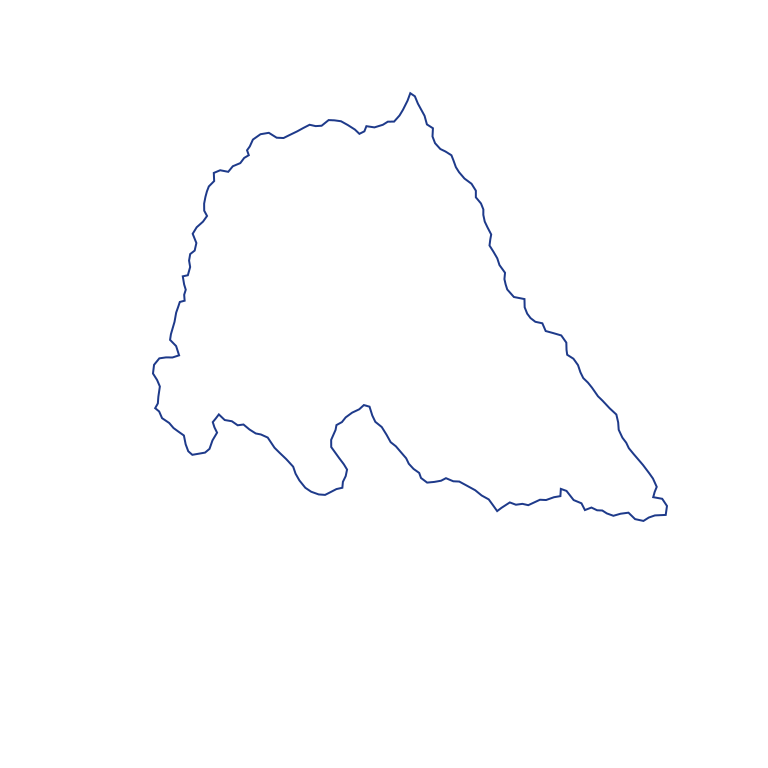 outline of Araucária, Paraná, Brazil, rotated 323°
{"feature_id": "56859067B5801785270412", "entity_name": "Araucária", "entity_type": "district", "adm_level": 2, "iso_a3": "BRA", "parent_name": "Brazil", "parent_adm1": "Paraná", "projection": "albers", "projection_center": [-49.447, -25.635], "detail": "fine", "context": "isolated", "style": "outline", "palette": "blue", "viewbox_px": 768, "rotation_deg": 323, "n_neighbors": 0, "source": "geoboundaries", "source_scale": "gbopen_adm2", "svg_char_len": 3190}
<svg xmlns="http://www.w3.org/2000/svg" viewBox="0 0 768 768"><g transform="rotate(323 384 384)"><path d="M525.1,167.5L520.4,170.4L514.9,169.4L513.9,163.3L510.9,155.3L507.8,148.3L503.1,143.6L498.6,139.9L489.6,140.2L484.6,136.9L480.6,132.2L473.7,131.0L466.8,130.0L458.2,128.3L451.8,127.1L446.5,122.7L443.2,114.1L435.7,110.2L426.4,109.9L419.8,113.5L415.3,114.9L413.7,119.9L408.4,119.3L402.2,121.1L394.3,119.1L387.3,120.8L381.8,114.7L375.1,113.0L370.5,119.7L363.0,120.8L358.5,123.6L354.0,127.1L348.9,131.7L344.7,137.4L343.8,143.3L337.2,145.4L328.7,146.1L321.6,148.9L319.0,158.5L313.1,163.5L307.4,163.6L302.6,168.1L299.6,173.9L292.8,179.1L288.1,176.9L284.3,184.2L282.4,189.4L278.1,192.5L274.9,197.5L270.3,195.6L266.4,198.3L261.0,201.9L254.1,208.3L247.8,213.0L243.8,216.0L239.7,220.0L240.8,228.6L237.6,237.8L231.0,235.5L226.0,231.6L220.0,228.3L211.9,230.3L205.8,236.6L205.2,244.2L203.5,251.1L196.2,258.3L191.7,263.4L186.7,265.6L187.9,270.6L186.2,277.7L189.0,285.9L189.4,292.5L191.0,297.8L193.2,304.7L189.3,312.8L187.2,319.9L188.3,325.2L195.3,328.8L199.8,331.1L205.6,330.8L213.1,325.8L221.4,322.4L222.5,316.6L224.3,311.4L228.8,310.3L233.8,308.9L235.1,316.9L240.1,322.2L242.3,328.9L247.4,331.8L249.2,339.4L251.8,346.3L255.3,350.2L258.9,356.8L258.5,363.8L258.2,369.0L259.2,376.0L260.7,385.1L261.7,395.4L259.4,402.4L258.4,410.1L258.7,419.5L261.0,426.2L265.4,432.9L270.2,437.1L275.8,438.1L282.8,439.3L288.3,441.8L292.3,437.4L298.0,434.5L303.0,430.1L303.6,424.0L303.6,416.2L303.9,402.6L308.2,396.8L317.7,391.5L321.3,388.2L327.5,389.1L333.3,387.6L341.3,387.7L349.0,389.3L355.2,388.7L358.8,393.4L355.7,402.1L354.3,409.0L356.3,417.0L355.5,426.0L354.3,434.5L356.0,440.9L356.5,449.0L357.0,456.7L355.8,462.6L356.5,469.6L358.6,476.2L357.0,481.3L359.1,488.7L365.3,492.5L371.4,495.6L376.8,496.5L380.8,503.4L385.4,507.2L388.6,514.2L392.9,523.7L394.9,531.8L398.2,539.2L398.1,545.9L397.9,553.6L403.4,553.6L413.2,554.3L416.7,559.8L422.4,563.0L426.3,567.6L438.9,570.3L443.6,574.2L451.6,576.7L457.4,579.7L462.1,574.2L465.4,579.2L465.6,590.8L469.9,598.1L468.6,605.6L475.3,607.5L478.2,613.1L482.2,616.4L484.1,621.5L487.9,627.3L494.9,630.0L501.8,633.9L503.2,643.0L508.8,649.5L515.1,650.0L521.3,652.0L530.2,658.1L536.6,651.7L537.1,643.1L530.9,636.4L535.2,633.1L539.9,630.3L541.9,621.4L542.1,615.1L542.1,604.5L541.6,596.4L541.2,590.1L540.9,582.6L542.1,576.7L542.1,570.3L543.9,561.8L547.9,555.6L551.2,548.2L549.6,539.3L548.5,529.0L547.5,522.6L547.9,512.0L547.7,505.6L546.7,499.2L547.9,492.9L550.3,485.7L550.5,477.8L547.9,470.9L550.3,466.6L554.5,460.7L554.8,451.9L549.5,444.8L545.0,439.0L547.0,430.8L542.3,425.4L540.7,419.6L540.7,414.0L542.5,407.4L547.3,400.7L540.1,392.7L539.3,382.7L541.1,377.6L543.3,372.7L547.6,368.0L547.8,358.5L550.1,351.8L551.0,344.3L551.6,336.9L555.8,332.6L559.6,329.1L560.9,321.3L562.2,314.9L565.1,308.7L568.4,304.4L570.1,298.2L569.7,290.2L573.7,284.9L574.4,276.8L571.9,268.3L571.4,260.0L571.9,254.1L574.1,247.0L575.5,241.9L573.0,235.3L570.4,230.2L569.7,222.4L571.7,215.5L577.0,209.2L574.5,202.5L577.8,194.2L579.8,180.5L581.8,172.8L580.0,167.6L573.3,171.9L564.2,176.4L558.0,178.9L550.0,180.5L544.9,176.8L539.1,176.3L530.8,173.3L525.1,167.5Z" fill="none" stroke="#1e3a8a" stroke-width="2"/></g></svg>